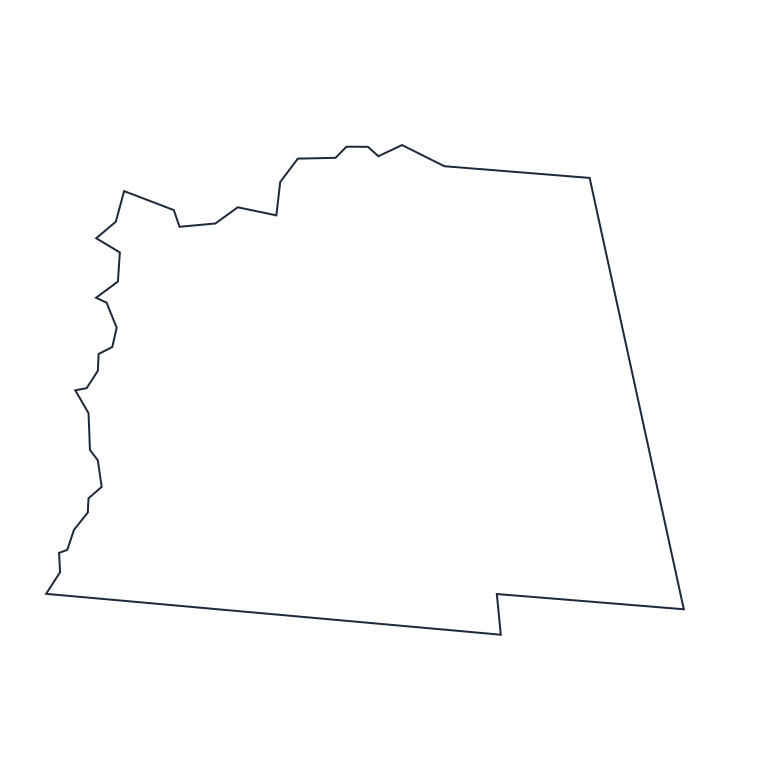 outline of Hardin, Texas, United States of America, rotated 185°
{"feature_id": "52423323B96895412793722", "entity_name": "Hardin", "entity_type": "district", "adm_level": 2, "iso_a3": "USA", "parent_name": "United States of America", "parent_adm1": "Texas", "projection": "mercator", "projection_center": [-94.219, 30.312], "detail": "fine", "context": "isolated", "style": "outline", "palette": "slate", "viewbox_px": 768, "rotation_deg": 185, "n_neighbors": 0, "source": "geoboundaries", "source_scale": "gbopen_adm2", "svg_char_len": 669}
<svg xmlns="http://www.w3.org/2000/svg" viewBox="0 0 768 768"><g transform="rotate(185 384 384)"><path d="M342.9,606.2L386.9,623.6L409.5,610.4L420.7,618.9L442.1,617.1L452.0,605.1L489.5,601.0L505.0,576.2L505.9,542.6L545.1,547.3L566.0,529.2L601.4,522.8L608.5,538.9L659.7,553.5L665.3,522.3L683.4,504.1L658.6,492.0L658.0,462.9L678.4,444.8L667.5,440.9L655.2,416.8L657.9,397.2L670.9,389.1L670.2,372.2L679.9,353.9L691.0,350.8L675.8,329.2L671.2,292.7L662.4,283.0L656.3,256.9L668.4,244.4L667.9,230.1L680.1,211.8L685.1,191.1L693.0,187.5L690.3,168.3L702.3,145.5L245.8,144.4L253.3,184.6L65.7,185.7L197.1,607.2L342.9,606.2Z" fill="none" stroke="#1e293b" stroke-width="2"/></g></svg>